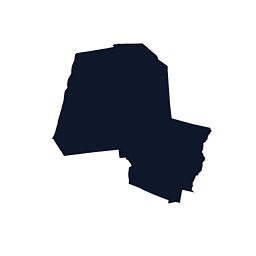 the district of Slobozia Moara, Dâmbovita, Romania, rotated 57°
{"feature_id": "2599482B79511896653276", "entity_name": "Slobozia Moara", "entity_type": "district", "adm_level": 2, "iso_a3": "ROU", "parent_name": "Romania", "parent_adm1": "Dâmbovita", "projection": "albers", "projection_center": [25.731, 44.595], "detail": "fine", "context": "isolated", "style": "filled", "palette": "ink", "viewbox_px": 256, "rotation_deg": 57, "n_neighbors": 0, "source": "geoboundaries", "source_scale": "gbopen_adm2", "svg_char_len": 4946}
<svg xmlns="http://www.w3.org/2000/svg" viewBox="0 0 256 256"><g transform="rotate(57 128 128)"><path d="M95.7,196.2L95.8,196.0L96.3,195.8L97.3,195.9L99.3,196.0L102.4,196.1L106.1,196.0L107.3,196.2L108.3,196.2L109.4,196.1L110.8,196.0L111.4,195.9L112.8,196.0L115.7,196.1L116.2,196.1L116.3,195.8L116.4,195.5L118.2,191.8L118.3,191.6L118.8,190.5L119.1,189.9L120.7,186.7L122.0,184.0L122.3,183.5L122.3,183.4L122.5,183.1L123.0,182.0L123.9,180.1L125.1,177.7L125.3,177.3L125.8,176.1L125.9,175.9L127.0,173.7L127.2,173.4L128.1,171.4L128.5,170.6L128.9,169.8L129.9,167.8L130.5,166.7L131.1,165.4L131.7,164.2L132.2,163.5L132.3,163.2L132.4,162.9L133.2,161.4L133.8,160.2L134.6,158.6L135.5,156.8L136.0,155.9L136.1,155.7L136.8,154.4L137.3,153.2L137.8,152.4L138.0,151.9L138.1,151.7L138.8,150.3L139.3,149.4L139.6,148.8L139.7,148.6L139.8,148.3L139.9,148.1L140.5,146.5L148.0,150.4L148.3,150.1L148.7,149.9L150.7,145.9L150.8,145.7L150.8,145.4L150.9,145.2L151.1,145.1L151.2,144.9L151.3,145.0L151.5,145.0L152.2,145.5L152.9,145.7L153.2,145.6L153.6,145.5L154.1,145.0L154.4,144.8L154.9,144.6L155.1,144.5L155.3,144.4L155.5,144.5L155.9,144.6L156.2,144.7L156.7,144.7L159.1,144.5L159.9,144.4L160.4,144.4L161.0,144.6L161.8,144.9L162.2,145.3L162.4,145.4L162.6,145.9L162.6,146.6L162.5,147.3L162.4,147.8L162.4,148.2L162.5,148.4L163.0,148.9L164.1,149.6L165.2,150.5L165.5,150.9L166.2,151.6L166.5,151.8L166.9,152.1L168.2,152.8L169.0,153.3L169.7,153.7L170.2,153.9L171.0,154.1L171.8,154.5L172.4,154.9L173.0,155.2L173.5,155.6L174.7,156.5L175.1,156.8L175.8,156.2L176.5,155.8L179.0,154.0L180.8,152.7L181.4,152.2L182.8,151.3L184.5,150.1L186.5,149.0L189.7,147.1L192.4,145.3L194.6,143.9L194.9,143.6L195.9,143.0L197.8,141.7L201.7,138.9L204.3,137.2L206.1,135.8L207.7,134.7L208.3,134.1L209.1,133.5L209.9,132.7L210.6,132.2L212.8,134.2L213.4,132.7L215.1,128.3L215.3,128.0L217.2,126.0L218.0,125.3L217.9,125.2L217.4,124.8L217.3,124.7L208.2,116.2L215.9,108.7L215.0,108.9L214.3,108.9L213.9,108.9L213.6,108.5L212.9,107.9L212.5,107.6L212.3,107.5L212.2,107.0L212.0,106.5L211.6,105.9L211.2,105.5L210.7,105.6L210.4,105.5L210.2,105.2L209.7,104.8L208.8,104.2L208.3,103.9L208.0,103.5L207.9,103.1L207.8,102.4L207.5,102.1L207.1,101.4L206.3,100.2L205.2,98.6L204.7,98.0L204.2,96.8L204.1,96.4L204.3,96.2L204.9,95.2L205.0,94.9L204.9,94.7L204.7,94.5L204.2,94.5L203.8,94.3L203.6,94.1L203.5,93.9L203.4,93.6L203.4,93.2L203.6,92.7L203.6,92.2L203.2,91.6L203.2,91.2L203.2,90.9L203.3,90.5L203.3,90.2L203.2,90.0L202.9,89.8L202.1,89.0L201.1,87.9L199.6,86.3L199.1,86.1L198.1,85.5L197.2,84.9L196.8,84.4L196.5,83.6L196.5,82.9L196.5,82.2L196.3,82.0L195.7,81.5L195.5,80.8L195.1,80.4L194.7,80.2L194.0,80.4L193.0,80.6L192.6,80.5L191.4,80.2L189.6,79.7L188.8,80.1L188.5,80.1L188.1,79.9L187.6,79.6L187.4,79.3L187.0,78.6L186.9,78.0L186.7,77.8L186.3,77.7L186.0,77.6L185.8,77.4L185.8,77.1L185.8,76.9L185.7,76.7L185.4,76.7L184.9,76.7L184.6,76.5L184.4,76.3L184.5,76.0L184.5,75.8L183.4,75.0L182.6,74.4L181.3,73.8L181.1,73.6L181.1,73.1L181.0,72.7L180.7,72.4L180.7,72.0L181.1,71.6L181.1,71.3L180.9,70.8L180.8,70.2L180.6,69.7L180.3,69.3L179.9,69.1L179.8,68.9L179.8,68.7L180.0,68.3L180.0,67.9L179.8,67.6L179.7,67.4L179.4,67.3L178.9,67.3L178.7,67.1L178.5,66.7L178.2,66.1L177.9,65.8L177.7,65.3L177.6,65.1L177.2,64.9L176.9,64.8L176.7,64.5L176.7,64.2L176.7,63.9L176.9,63.4L176.8,62.7L176.5,62.3L176.3,62.0L176.0,61.8L175.7,61.6L175.4,61.4L175.4,61.1L175.6,60.5L175.7,60.4L175.6,60.2L175.4,60.1L174.9,60.3L174.5,60.3L174.0,60.2L173.9,60.1L173.2,59.8L172.9,59.8L160.7,71.9L143.8,87.0L136.5,83.4L130.5,80.4L112.0,70.2L102.5,64.9L101.5,64.4L99.4,63.0L98.1,62.1L97.6,62.0L96.1,62.5L92.1,64.0L90.5,64.7L88.8,65.4L87.6,65.8L86.7,66.2L86.4,66.3L86.2,66.3L86.0,66.2L85.7,65.8L85.5,65.5L84.3,65.3L83.5,65.2L83.1,65.2L82.8,65.3L82.1,65.5L81.7,65.6L80.6,65.9L78.6,66.5L76.8,67.1L75.8,67.4L73.8,67.9L72.5,68.4L71.9,68.5L71.1,68.7L70.8,68.8L70.6,68.9L70.3,68.9L70.0,69.0L69.8,69.1L69.6,69.2L69.3,69.3L69.0,69.3L68.2,69.6L66.3,70.2L65.4,70.4L65.4,70.6L64.6,71.9L64.1,72.6L63.6,73.4L62.9,74.6L62.2,75.7L61.2,77.3L59.8,79.6L58.7,81.4L57.5,83.1L57.4,83.4L56.9,84.0L56.3,85.0L56.1,85.3L55.9,86.0L55.6,86.4L54.9,87.5L54.2,88.6L53.8,89.1L53.7,89.3L53.0,90.1L52.7,90.7L52.6,91.0L52.2,92.1L52.1,92.4L51.6,93.1L51.4,93.4L51.3,93.7L51.1,94.4L51.0,95.0L53.0,95.0L53.3,95.0L53.2,95.2L53.1,95.4L53.1,95.7L53.0,96.2L52.6,97.2L52.6,97.3L52.4,97.4L51.4,100.1L50.6,102.0L49.8,103.8L49.2,105.2L48.4,106.9L47.7,108.8L46.0,112.5L44.0,117.1L43.1,119.2L40.9,124.0L40.2,125.4L39.5,127.0L39.1,128.0L38.3,129.9L38.0,130.5L38.3,131.9L39.6,133.2L40.9,134.3L42.5,135.6L43.7,137.4L45.4,140.0L47.3,142.0L49.7,143.9L51.1,144.7L52.2,145.8L53.1,147.5L54.0,149.4L54.6,150.6L55.4,151.7L57.5,153.6L59.1,155.1L60.5,155.6L61.6,156.1L62.0,156.8L62.3,157.9L63.1,160.2L64.3,161.5L66.3,163.2L69.3,165.6L71.2,167.4L74.2,170.9L76.5,173.1L77.3,174.2L83.7,181.6L84.8,182.8L85.6,183.4L87.2,184.9L88.2,186.2L90.2,188.5L90.9,189.2L93.9,192.8L95.7,196.2Z" fill="#0f172a" stroke="#020617" stroke-width="1.5"/></g></svg>